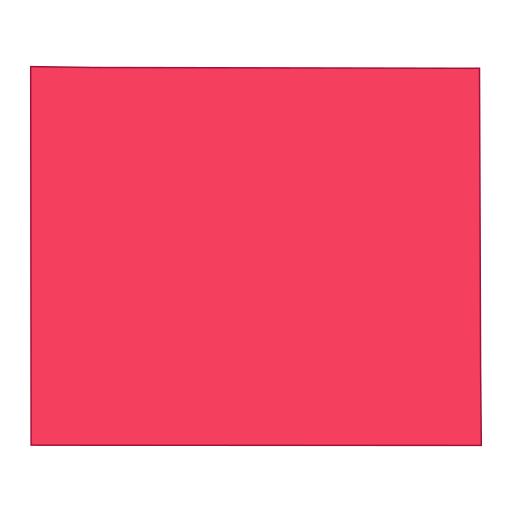 Ness, Kansas, United States of America (Albers equal-area conic projection)
{"feature_id": "52423323B78916796754312", "entity_name": "Ness", "entity_type": "district", "adm_level": 2, "iso_a3": "USA", "parent_name": "United States of America", "parent_adm1": "Kansas", "projection": "albers", "projection_center": [-99.868, 38.48], "detail": "fine", "context": "isolated", "style": "filled", "palette": "rose", "viewbox_px": 512, "rotation_deg": 0, "n_neighbors": 0, "source": "geoboundaries", "source_scale": "gbopen_adm2", "svg_char_len": 231}
<svg xmlns="http://www.w3.org/2000/svg" viewBox="0 0 512 512"><path d="M479.5,68.2L470.5,68.3L94.0,67.5L30.7,66.6L31.1,445.1L42.8,445.2L481.3,445.4L480.6,369.7L479.5,68.2Z" fill="#f43f5e" stroke="#9f1239" stroke-width="1.5"/></svg>